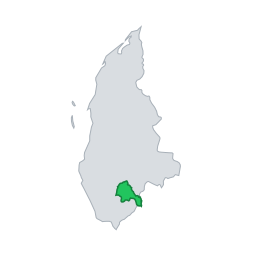 Honduras, with Intibucá highlighted, rotated 283°
{"feature_id": "HND-648", "entity_name": "Intibucá", "entity_type": "Department", "adm_level": 1, "iso_a3": "HND", "parent_name": "Honduras", "parent_adm1": "", "projection": "orthographic", "projection_center": [-88.241, 14.258], "detail": "fine", "context": "in_parent", "style": "filled", "palette": "green", "viewbox_px": 256, "rotation_deg": 283, "n_neighbors": 0, "source": "natural_earth", "source_scale": "10m", "svg_char_len": 4310}
<svg xmlns="http://www.w3.org/2000/svg" viewBox="0 0 256 256"><g transform="rotate(283 128 128)"><path d="M229.7,118.0L221.3,117.7L217.3,118.8L215.6,121.2L214.2,122.3L212.9,122.1L210.4,123.1L206.6,125.2L203.2,126.1L200.1,125.6L199.3,126.2L199.0,126.9L198.6,127.5L197.4,127.9L196.0,127.8L194.5,127.0L193.7,127.4L193.6,128.7L192.8,129.1L191.2,128.5L189.5,129.0L187.5,130.7L184.8,131.1L181.2,130.2L178.4,128.5L176.4,125.9L174.1,125.3L170.0,127.3L168.4,129.6L168.0,131.0L168.4,132.2L167.7,133.1L165.8,133.5L164.4,135.1L163.4,137.7L163.2,139.8L163.9,141.2L162.9,142.3L160.4,143.0L157.5,145.4L154.2,149.3L150.8,152.1L147.5,153.7L145.9,155.4L146.0,157.3L145.8,157.9L145.2,158.2L144.1,158.4L137.5,154.4L135.7,151.5L134.0,152.0L132.0,153.4L129.2,156.7L126.1,161.1L124.7,161.6L117.0,161.0L112.9,161.4L112.1,162.0L111.7,163.6L111.9,165.8L113.1,173.5L113.7,176.7L113.1,177.7L111.1,177.9L108.4,178.3L106.9,179.8L106.6,181.3L106.4,183.4L105.6,185.6L103.9,187.2L102.3,187.7L93.1,188.2L93.2,184.6L90.6,183.2L89.0,180.2L87.7,178.2L88.2,176.9L88.0,175.5L84.3,174.4L80.8,175.3L78.8,174.7L77.3,174.0L79.8,172.2L80.0,171.1L79.2,170.3L78.3,169.8L78.6,167.8L79.1,165.4L80.5,159.9L80.0,158.9L77.6,157.3L74.7,157.1L71.4,157.7L69.8,156.8L68.5,154.9L66.1,154.0L62.0,155.5L57.7,157.8L56.3,158.6L55.2,158.5L54.7,156.8L54.5,154.8L54.2,154.3L51.9,153.6L49.2,153.0L47.8,152.5L46.5,151.1L43.3,149.3L42.5,148.0L38.2,144.9L37.3,143.4L36.3,142.3L34.2,140.9L32.6,141.3L27.1,139.5L26.3,139.4L27.1,137.8L28.8,135.5L32.6,132.9L32.9,130.8L31.9,126.7L31.0,124.1L31.5,122.9L32.7,118.2L33.6,117.1L39.1,114.7L39.6,114.4L43.9,111.1L48.7,107.4L53.6,103.3L59.1,98.7L62.2,96.0L63.6,94.9L66.8,95.8L69.3,93.6L70.7,92.9L74.1,90.3L75.1,89.7L80.8,88.7L83.5,88.7L85.9,91.3L87.8,92.7L91.4,91.5L94.4,91.2L106.8,93.6L111.7,92.5L120.7,92.2L124.7,92.8L130.4,89.3L134.1,88.5L138.4,86.9L137.8,85.2L136.8,84.5L143.4,85.1L153.2,88.5L163.6,87.8L167.4,85.8L169.8,85.3L180.5,88.7L183.4,91.4L185.6,91.7L187.3,91.0L187.7,90.4L185.6,89.9L184.6,89.0L193.1,90.6L209.2,103.4L209.6,104.4L202.7,100.7L199.1,101.0L198.2,101.7L198.4,103.8L198.8,104.8L200.3,104.9L201.5,104.3L204.3,104.9L206.2,106.3L208.5,108.4L209.8,110.7L211.3,110.7L212.7,109.3L215.4,109.1L217.2,110.6L218.4,110.5L216.6,108.1L212.5,105.7L213.5,105.6L222.6,109.8L225.3,115.2L227.4,116.4L229.7,118.0ZM122.5,72.6L117.3,75.3L115.7,75.2L118.0,73.2L121.9,71.4L125.2,70.5L127.8,70.9L122.5,72.6ZM140.3,69.6L137.9,71.6L137.4,70.7L138.6,68.9L140.1,67.8L141.5,67.9L141.2,68.7L140.3,69.6Z" fill="#d9dde1" stroke="#a8b0b8" stroke-width="1"/><path d="M54.7,154.6L54.8,154.6L55.2,154.1L55.3,153.8L55.8,153.4L56.9,152.9L58.8,151.8L59.5,151.2L59.8,151.1L60.0,151.0L60.1,150.8L60.1,150.6L60.2,150.4L60.2,150.2L60.4,150.0L60.5,149.9L60.6,149.4L60.4,147.9L60.3,147.2L60.3,146.7L60.3,146.2L59.7,145.9L59.0,145.7L58.8,145.7L58.6,145.7L58.5,145.8L58.3,145.8L58.2,145.7L57.8,145.5L57.6,145.4L57.4,145.3L57.2,145.1L57.2,144.7L57.5,144.0L57.6,143.4L57.2,141.7L57.0,141.4L56.9,141.3L56.2,141.2L55.5,140.6L54.8,139.7L54.6,138.3L54.7,138.1L55.3,137.7L56.1,137.5L57.6,137.5L58.3,137.4L59.2,136.9L59.6,136.3L59.7,135.9L59.8,135.3L60.5,134.1L60.1,132.0L59.8,131.4L62.4,131.5L64.3,131.3L65.7,131.2L66.8,131.4L67.8,131.5L68.0,131.3L68.6,131.0L69.1,131.6L69.6,131.8L69.8,131.8L71.0,132.1L71.5,132.5L72.1,132.7L72.4,133.2L72.7,133.7L72.7,133.8L72.8,134.1L72.8,134.4L73.0,134.8L73.3,135.0L74.1,135.4L74.3,135.6L74.4,136.0L74.4,136.4L74.8,136.7L75.8,138.1L76.1,138.6L76.1,138.8L75.9,139.0L74.5,140.1L74.1,140.3L73.7,140.5L73.3,140.5L73.1,140.4L72.8,140.3L72.7,140.3L72.6,140.5L72.5,141.0L72.6,142.0L72.1,143.0L71.9,143.2L71.6,143.5L71.2,143.6L71.0,143.8L70.9,144.2L70.9,144.5L70.7,145.0L69.3,145.0L68.2,145.9L67.6,146.5L67.3,147.2L67.1,147.6L66.0,148.2L65.7,148.5L63.9,150.5L63.7,150.7L63.5,150.9L63.7,151.2L63.9,151.5L64.2,152.1L63.9,153.8L63.4,153.8L63.0,153.9L63.0,154.0L63.1,154.7L63.1,154.8L63.4,155.1L63.5,155.2L63.3,155.7L63.1,155.7L62.8,155.7L62.4,155.8L62.2,156.1L62.1,156.3L62.0,156.5L61.7,156.8L61.4,156.9L61.0,156.9L60.6,157.0L60.4,157.5L60.2,157.4L59.9,157.3L59.6,157.3L59.4,157.3L59.3,157.6L59.3,157.8L59.2,157.9L58.5,157.7L58.2,157.7L56.8,157.9L56.2,158.2L55.6,158.6L54.7,158.6L55.0,158.1L55.0,157.6L54.7,156.7L54.6,156.4L54.6,155.9L54.7,155.5L54.8,155.1L54.6,154.7L54.7,154.6Z" fill="#22c55e" stroke="#15803d" stroke-width="1.5"/></g></svg>